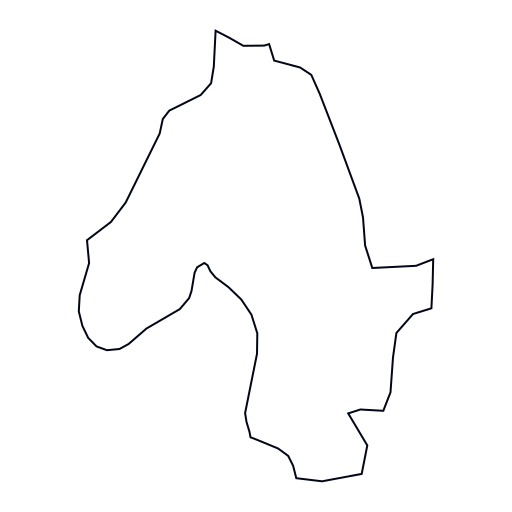 the border of Bobonaro
{"feature_id": "TLS-547", "entity_name": "Bobonaro", "entity_type": "District", "adm_level": 1, "iso_a3": "TLS", "parent_name": "East Timor", "parent_adm1": "", "projection": "equal_earth", "projection_center": [125.15, -8.979], "detail": "fine", "context": "isolated", "style": "outline", "palette": "ink", "viewbox_px": 512, "rotation_deg": 0, "n_neighbors": 0, "source": "natural_earth", "source_scale": "10m", "svg_char_len": 971}
<svg xmlns="http://www.w3.org/2000/svg" viewBox="0 0 512 512"><path d="M106.9,350.2L96.5,346.4L88.2,337.9L82.4,325.9L78.8,311.4L79.7,295.2L89.1,263.1L87.0,240.2L111.0,221.9L125.7,202.5L159.7,133.5L162.8,119.0L169.3,110.6L200.7,95.0L211.1,83.2L213.8,66.6L215.6,30.7L215.8,30.8L229.3,37.8L243.3,45.8L264.2,45.6L269.1,44.1L274.2,60.6L300.1,67.5L311.3,74.9L319.8,94.0L339.6,145.2L359.3,198.7L363.0,217.4L365.1,245.5L372.3,268.0L416.1,265.8L433.2,259.2L432.6,284.7L431.4,308.3L413.0,314.0L396.4,333.0L393.0,357.4L390.5,392.3L383.3,410.8L360.4,409.5L348.2,413.4L367.3,445.4L361.7,473.9L322.1,481.3L296.3,478.2L293.1,465.7L288.2,455.9L278.1,448.5L254.3,438.7L250.5,437.3L249.5,431.9L246.5,421.9L245.1,413.1L257.0,353.8L257.3,333.3L251.4,314.6L241.2,299.4L228.5,287.2L215.3,277.3L210.3,271.1L207.6,265.3L204.3,263.0L197.1,267.3L194.6,272.7L191.5,291.0L189.2,298.0L179.8,309.1L146.5,328.5L128.6,344.0L119.5,349.0L106.9,350.2Z" fill="none" stroke="#020617" stroke-width="2"/></svg>